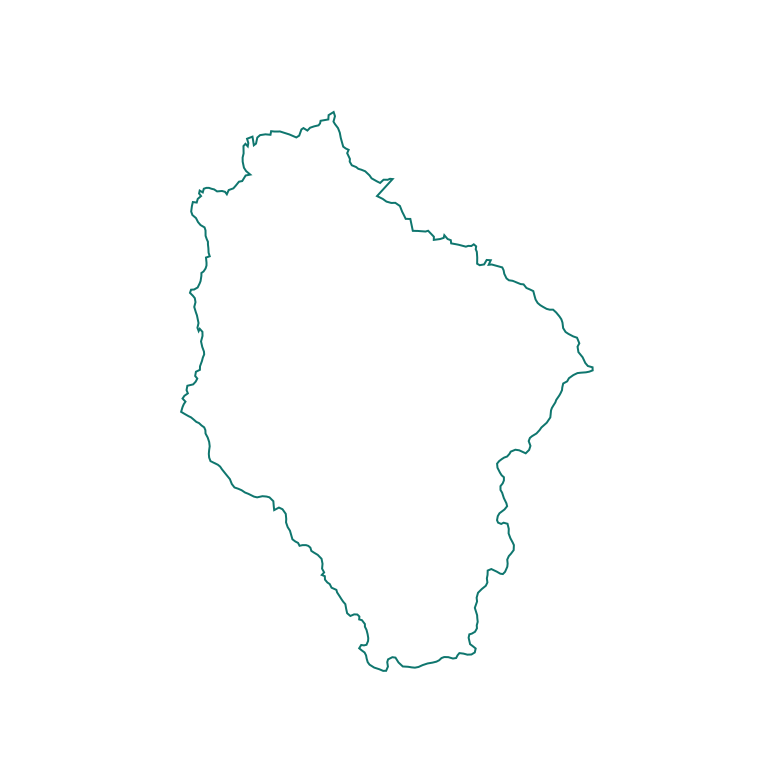 Campinaçu, Goiás, Brazil, rotated 333°
{"feature_id": "56859067B82037437872279", "entity_name": "Campinaçu", "entity_type": "district", "adm_level": 2, "iso_a3": "BRA", "parent_name": "Brazil", "parent_adm1": "Goiás", "projection": "robinson", "projection_center": [-48.57, -13.889], "detail": "fine", "context": "isolated", "style": "outline", "palette": "teal", "viewbox_px": 768, "rotation_deg": 333, "n_neighbors": 0, "source": "geoboundaries", "source_scale": "gbopen_adm2", "svg_char_len": 5494}
<svg xmlns="http://www.w3.org/2000/svg" viewBox="0 0 768 768"><g transform="rotate(333 384 384)"><path d="M553.6,358.6L551.1,357.0L545.4,350.4L542.4,348.3L541.1,345.5L541.2,340.4L542.2,337.0L542.3,333.8L534.2,326.4L531.4,325.3L535.3,322.2L531.8,320.1L527.5,322.9L523.2,321.6L521.6,319.1L524.5,313.6L526.7,308.4L526.9,305.6L528.6,303.2L527.4,300.3L524.5,300.7L521.8,299.2L519.3,298.8L513.7,293.8L511.4,292.0L507.7,289.2L508.8,286.2L506.5,283.7L505.3,278.8L503.5,280.9L499.8,280.3L493.8,278.2L495.3,275.4L492.9,267.5L490.2,267.0L483.8,263.1L479.2,260.6L482.4,248.9L478.3,246.7L478.4,242.7L478.4,238.9L479.0,232.6L476.3,227.7L472.7,226.0L469.0,222.6L466.9,218.5L465.2,216.2L463.1,213.4L484.7,205.3L482.5,203.9L480.0,203.7L476.3,201.8L471.8,203.1L469.6,200.1L466.3,195.1L465.8,191.5L463.8,185.9L461.1,182.8L458.8,180.6L457.7,178.1L454.6,174.5L454.4,170.3L455.8,168.0L456.0,161.6L458.8,159.3L456.9,156.9L455.4,154.0L457.2,145.1L458.7,140.0L459.2,135.1L458.3,130.1L458.1,127.3L461.9,123.1L462.6,118.8L456.7,119.3L454.5,123.0L447.0,120.7L445.3,122.8L443.1,123.8L438.6,122.7L434.5,122.1L430.8,123.4L428.4,119.4L426.0,119.7L421.2,124.2L417.8,124.5L413.0,118.7L406.0,111.8L401.3,109.5L398.2,107.5L396.0,110.4L391.7,107.7L386.6,106.0L383.0,106.9L379.1,111.7L376.4,112.2L378.0,107.4L379.1,103.9L373.3,103.3L372.5,107.7L370.5,110.4L369.6,107.1L366.8,108.2L363.6,114.8L360.8,118.1L359.0,121.8L357.4,127.7L357.8,131.7L359.9,136.7L355.4,135.4L349.8,138.8L346.6,137.9L341.9,140.0L338.6,141.3L333.7,140.7L330.1,143.6L329.6,140.6L327.3,138.5L322.7,136.6L321.0,133.5L318.9,131.7L317.1,129.8L314.7,128.6L312.1,128.2L309.5,131.0L307.6,128.0L305.7,130.3L306.3,133.5L302.1,134.5L299.5,137.3L296.3,135.1L293.6,138.3L290.5,142.8L290.0,146.5L291.8,150.8L291.8,155.3L292.7,159.1L295.2,163.0L294.7,166.1L292.3,171.0L291.8,174.6L291.7,177.3L290.5,179.7L289.2,183.2L287.3,187.4L286.7,191.1L282.8,190.5L280.9,195.4L279.6,197.9L277.4,200.1L274.3,201.8L271.7,202.2L270.4,204.7L267.3,209.0L265.4,210.7L261.8,213.4L257.7,213.6L254.9,212.4L252.5,214.7L253.8,218.7L254.4,221.6L253.2,225.5L249.9,229.2L248.9,234.8L248.5,237.9L246.4,245.5L243.3,249.2L242.9,252.7L244.9,251.2L245.9,255.1L244.1,258.8L240.3,263.0L238.9,268.4L238.3,273.4L237.2,276.0L234.6,278.2L232.2,280.9L228.1,284.7L226.4,287.8L222.0,287.7L219.4,291.1L220.1,294.4L217.3,296.4L213.8,297.7L208.0,296.3L205.3,299.8L205.0,303.3L200.8,303.9L197.9,305.5L199.1,309.6L196.4,311.1L193.9,313.2L190.6,316.7L192.8,320.2L195.3,324.0L196.9,326.1L198.2,329.1L199.6,332.6L201.4,334.8L202.6,338.1L204.1,341.0L203.9,344.0L202.5,347.1L202.6,351.7L201.9,356.3L200.4,360.4L198.2,363.5L196.2,366.7L194.8,370.2L194.4,374.0L199.3,380.5L200.5,383.2L200.9,386.5L202.1,392.3L203.5,398.8L203.0,404.0L203.8,408.3L206.6,411.2L208.9,414.0L210.9,417.6L213.3,420.3L217.0,425.3L219.5,427.4L224.8,428.8L228.3,431.0L230.5,433.0L232.2,438.2L230.3,442.8L228.9,446.5L234.3,446.4L236.7,449.5L237.5,455.1L235.6,459.9L233.9,462.8L233.2,467.8L233.6,472.0L231.9,480.8L233.5,484.1L235.3,486.6L235.3,489.8L238.3,490.6L241.3,492.1L243.1,493.9L244.1,496.4L243.5,499.7L244.9,502.2L247.4,506.2L249.0,511.4L247.6,516.3L245.0,520.4L245.1,524.7L241.9,525.9L244.0,528.4L242.6,531.5L243.4,535.1L244.8,537.6L244.8,541.7L246.5,543.8L248.1,545.8L247.6,548.4L248.1,553.0L248.4,556.4L248.8,559.4L249.6,562.6L248.2,567.2L247.1,571.5L248.7,575.4L252.8,575.7L255.6,577.3L256.5,580.0L255.0,582.5L257.1,584.4L258.0,589.2L256.8,591.6L256.8,595.1L255.8,599.5L254.6,603.3L253.1,605.8L250.0,608.4L247.5,607.8L245.2,606.2L241.9,608.2L243.2,611.2L244.8,614.4L244.8,617.7L243.9,620.7L243.2,624.4L243.7,627.5L246.5,632.2L250.4,636.1L253.0,639.2L255.7,640.5L259.2,637.6L260.6,633.3L262.6,631.2L267.4,631.2L270.0,633.0L270.5,638.7L272.5,644.2L277.1,646.9L280.1,649.1L282.8,650.8L286.3,651.8L290.8,652.0L296.0,652.8L300.8,654.3L304.7,655.2L307.7,655.2L310.8,654.3L313.6,654.6L317.2,656.5L320.8,659.9L323.9,660.9L326.4,659.1L329.0,658.0L332.4,660.3L335.4,663.0L339.1,664.7L343.0,664.4L345.6,661.3L344.0,657.7L342.6,654.9L344.2,648.5L346.4,645.8L348.9,646.3L352.6,646.1L355.9,643.9L357.1,641.1L359.5,638.5L360.9,634.8L362.0,632.3L363.3,624.7L368.2,620.0L369.5,616.5L373.0,612.7L378.0,611.1L383.1,610.0L386.0,607.8L387.4,603.9L389.6,601.1L391.7,597.3L395.6,597.6L399.3,602.4L401.5,605.8L403.6,607.3L406.6,606.3L410.9,602.8L412.6,600.2L414.1,596.4L417.1,594.0L420.0,592.9L424.1,590.9L426.6,586.5L426.7,583.8L426.6,578.8L427.2,573.7L429.4,569.7L430.6,564.6L427.6,561.9L424.9,561.9L422.7,559.3L422.9,556.6L425.4,553.4L428.2,551.6L434.4,550.5L438.2,548.8L438.9,545.9L439.0,540.0L439.9,534.5L439.7,531.3L441.4,527.9L444.7,526.4L447.1,524.3L448.5,521.5L447.4,518.8L447.1,515.8L447.1,510.1L448.6,506.3L451.5,505.0L454.8,504.4L457.6,504.1L460.8,504.5L464.1,503.2L466.2,501.8L471.2,502.2L474.4,504.5L478.8,510.1L483.4,508.6L486.4,505.6L487.0,500.6L489.5,498.3L492.1,497.7L497.4,497.3L501.7,495.7L504.5,494.2L511.4,492.4L517.0,489.3L518.7,486.7L520.8,483.4L522.7,481.6L525.1,480.1L528.3,478.2L530.2,476.4L535.0,473.8L537.1,472.4L539.8,470.3L541.3,468.0L543.9,464.9L548.4,464.8L551.4,462.8L556.8,462.0L561.3,462.1L564.3,463.2L569.3,465.3L572.5,466.2L576.1,466.6L577.4,463.8L573.8,460.5L572.9,456.7L573.1,450.3L571.7,443.9L573.4,438.6L576.5,436.4L577.0,430.4L574.2,427.5L571.1,423.1L569.4,420.1L569.0,415.5L570.9,410.3L571.4,406.8L571.0,403.5L569.9,398.5L568.4,394.5L565.5,393.1L563.0,390.9L560.6,387.3L559.0,384.7L557.7,381.6L557.4,377.6L558.1,374.0L559.2,369.0L557.0,366.1L554.5,363.1L553.6,358.6Z" fill="none" stroke="#0f766e" stroke-width="2"/></g></svg>